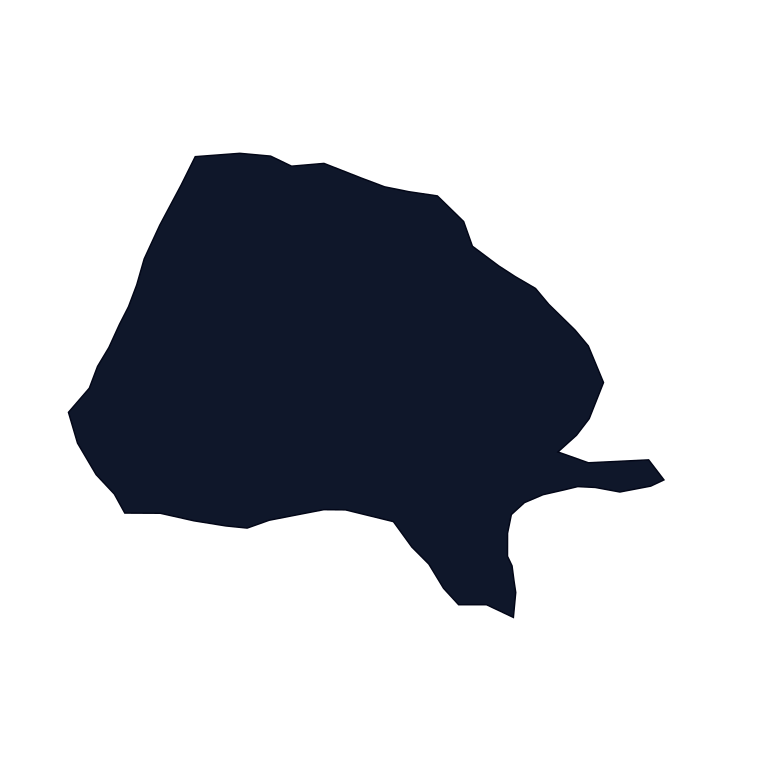 Gypsou, Cyprus (Robinson projection), rotated 106°
{"feature_id": "46923920B91151164993764", "entity_name": "Gypsou", "entity_type": "district", "adm_level": 2, "iso_a3": "CYP", "parent_name": "Cyprus", "parent_adm1": "", "projection": "robinson", "projection_center": [33.795, 35.283], "detail": "fine", "context": "isolated", "style": "filled", "palette": "ink", "viewbox_px": 768, "rotation_deg": 106, "n_neighbors": 0, "source": "geoboundaries", "source_scale": "gbopen_adm2", "svg_char_len": 996}
<svg xmlns="http://www.w3.org/2000/svg" viewBox="0 0 768 768"><g transform="rotate(106 384 384)"><path d="M399.0,88.5L384.0,108.7L393.7,137.2L403.4,165.8L401.4,198.1L380.1,184.8L360.8,177.2L322.1,173.4L291.1,198.1L279.5,215.2L262.0,247.6L250.4,264.7L244.6,287.5L238.8,306.5L227.2,337.0L205.9,352.2L188.5,384.5L192.3,413.1L194.3,437.8L192.3,462.5L188.5,502.5L200.1,532.9L196.2,555.8L202.0,586.2L217.5,628.1L248.5,633.8L293.0,643.3L329.8,649.0L356.9,649.0L380.1,650.9L399.5,654.7L424.7,658.5L446.0,664.2L469.2,666.1L498.2,679.5L525.3,662.3L550.5,635.7L564.1,612.9L579.5,597.6L569.9,563.4L567.9,529.1L564.0,496.8L560.2,475.8L546.6,456.8L536.9,437.8L521.4,407.3L515.6,386.4L513.7,337.0L533.1,312.2L544.7,291.3L564.0,270.4L575.6,251.4L567.9,224.7L572.7,195.3L548.1,199.9L537.8,204.6L523.5,210.8L515.6,217.8L493.4,224.1L474.4,225.6L459.3,216.3L446.6,200.7L436.3,182.0L429.2,169.5L425.2,152.4L422.8,127.5L414.1,110.3L408.6,99.4L399.0,88.5Z" fill="#0f172a" stroke="#020617" stroke-width="1.5"/></g></svg>